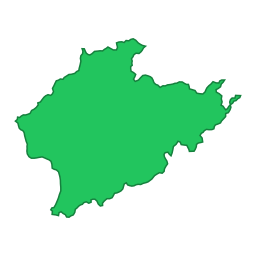 outline of Carandaí, Minas Gerais, Brazil
{"feature_id": "56859067B53353893378788", "entity_name": "Carandaí", "entity_type": "district", "adm_level": 2, "iso_a3": "BRA", "parent_name": "Brazil", "parent_adm1": "Minas Gerais", "projection": "orthographic", "projection_center": [-43.824, -20.999], "detail": "fine", "context": "isolated", "style": "filled", "palette": "green", "viewbox_px": 256, "rotation_deg": 0, "n_neighbors": 0, "source": "geoboundaries", "source_scale": "gbopen_adm2", "svg_char_len": 3760}
<svg xmlns="http://www.w3.org/2000/svg" viewBox="0 0 256 256"><path d="M73.3,214.9L74.8,212.3L75.3,209.3L77.2,207.8L78.6,206.2L80.5,204.9L82.4,204.3L83.7,202.7L86.2,201.8L88.8,203.2L91.1,202.2L91.0,199.9L92.8,199.2L94.9,199.2L96.9,201.0L98.3,204.1L100.3,206.0L102.6,205.5L102.5,203.2L104.0,201.3L105.4,200.0L106.9,198.7L109.7,198.7L112.1,197.7L113.3,195.7L114.5,193.3L116.9,192.9L119.2,191.9L121.1,190.8L122.8,188.9L123.5,186.5L124.2,184.0L126.3,182.8L127.6,184.9L129.5,185.6L131.8,186.1L134.0,185.8L135.9,184.8L138.1,184.3L140.7,184.5L143.3,183.3L146.1,182.6L148.2,181.8L149.9,180.5L151.9,179.0L153.3,177.2L154.6,175.6L156.9,174.1L159.4,172.7L162.2,173.2L164.1,171.4L164.5,168.8L166.0,166.1L167.6,163.8L166.9,161.1L165.5,158.9L164.4,156.8L164.0,154.5L165.1,152.7L167.9,152.2L169.2,154.1L171.0,155.8L172.1,152.9L172.8,149.8L173.4,146.5L176.1,144.3L178.0,141.3L180.2,142.1L181.2,144.6L183.9,145.0L186.8,145.3L187.9,147.5L188.9,149.5L189.4,151.4L191.7,151.3L194.1,151.2L195.2,149.4L196.3,146.8L196.5,144.4L198.3,143.0L200.9,142.5L202.7,142.0L202.1,138.0L200.0,135.5L201.3,133.3L203.0,132.4L204.4,130.6L206.4,129.4L209.0,129.7L211.9,129.6L213.9,128.8L214.3,126.6L215.4,124.9L218.2,123.9L220.5,122.9L221.5,121.0L223.3,119.1L225.6,116.6L225.7,113.5L228.3,112.7L230.0,109.9L230.9,107.3L230.3,104.8L228.8,106.4L227.5,108.6L225.8,109.8L224.3,108.1L223.2,106.3L221.1,105.2L222.1,101.9L221.3,98.9L221.8,95.9L219.1,93.6L216.4,92.2L216.0,89.7L218.2,88.5L220.5,86.8L221.3,84.0L223.0,82.4L224.6,80.0L221.7,80.0L219.7,81.0L218.9,83.0L216.1,82.9L213.0,81.7L210.9,84.1L208.8,85.8L206.9,87.9L205.9,89.9L205.0,92.0L202.8,94.0L199.7,93.7L196.8,93.2L195.0,90.5L192.1,89.6L189.5,88.9L189.1,86.5L188.4,84.4L186.4,84.4L184.6,83.5L182.3,82.0L179.3,81.9L176.8,83.2L174.9,83.3L173.1,84.0L170.6,84.5L167.4,84.9L165.3,85.9L162.9,85.8L160.1,87.4L157.8,85.1L155.7,84.4L153.9,82.6L153.0,80.0L151.8,77.8L150.2,76.7L147.9,75.8L145.4,75.1L142.8,75.5L140.5,77.8L138.5,80.1L135.2,81.4L133.5,79.2L134.8,76.8L135.7,74.4L133.6,72.6L131.1,71.2L130.7,68.9L130.7,66.5L132.2,65.3L131.8,63.2L132.2,61.0L131.5,58.8L133.0,56.7L133.9,54.7L136.0,53.2L139.0,53.5L141.1,51.7L142.3,50.1L143.5,47.9L145.5,46.2L142.4,45.4L140.5,44.4L138.3,43.0L135.7,40.2L133.2,38.8L130.8,39.4L128.8,40.8L126.1,40.5L124.1,42.5L121.8,41.8L118.9,42.0L116.5,42.9L116.9,44.9L117.5,47.3L116.5,49.9L113.4,50.0L110.4,48.4L107.9,47.0L106.2,48.4L104.5,49.3L102.6,50.9L100.0,50.8L97.5,51.1L94.5,51.4L92.0,53.7L89.8,55.0L88.0,54.5L86.3,53.2L85.2,51.0L84.3,48.8L82.1,48.7L82.9,51.2L82.6,53.7L80.9,55.7L80.4,58.4L80.9,61.1L80.1,64.9L79.2,68.3L78.8,70.5L76.7,71.5L74.7,73.4L71.3,74.3L68.9,74.5L66.6,76.0L64.2,77.5L63.0,79.3L60.3,79.0L58.4,80.2L56.3,80.8L55.0,83.4L53.9,85.8L52.5,88.4L53.5,91.7L52.2,94.1L50.7,95.4L48.0,94.7L45.7,95.8L44.0,97.2L42.2,99.5L40.4,102.0L37.8,102.9L38.2,104.9L36.3,107.4L34.1,109.2L31.6,110.5L30.1,113.4L27.8,114.3L25.4,115.0L23.3,114.9L21.2,116.1L19.7,117.5L17.6,117.1L17.3,119.5L15.4,121.1L17.9,123.1L18.5,125.7L19.2,128.1L20.6,129.6L22.8,130.6L24.1,132.5L24.7,135.8L25.5,138.8L26.2,141.4L27.3,144.1L27.0,146.4L27.1,148.4L26.9,151.1L27.3,153.9L29.0,156.7L31.3,158.2L34.2,158.2L36.5,157.9L38.9,157.4L42.2,156.9L44.8,158.0L47.0,159.0L49.0,159.8L51.0,161.3L51.9,164.3L52.2,168.2L54.2,169.3L56.4,169.9L58.5,171.8L59.3,174.5L59.9,176.8L60.4,180.1L60.5,183.8L60.8,187.6L60.8,190.9L59.4,194.6L58.6,197.4L57.9,199.3L56.9,201.7L55.6,204.7L53.9,207.6L51.9,207.9L50.8,209.8L52.4,211.1L52.1,214.4L55.9,214.9L58.5,215.6L59.0,212.7L61.1,211.7L63.0,213.4L65.4,214.7L66.6,217.0L69.1,217.2L70.6,216.0L73.3,214.9ZM230.3,104.8L232.7,103.1L233.9,101.1L236.0,100.6L237.8,98.7L239.8,97.6L240.6,95.6L238.1,95.5L235.6,95.4L234.9,98.1L232.1,98.0L230.5,99.6L229.7,102.1L230.3,104.8Z" fill="#22c55e" stroke="#15803d" stroke-width="1.5"/></svg>